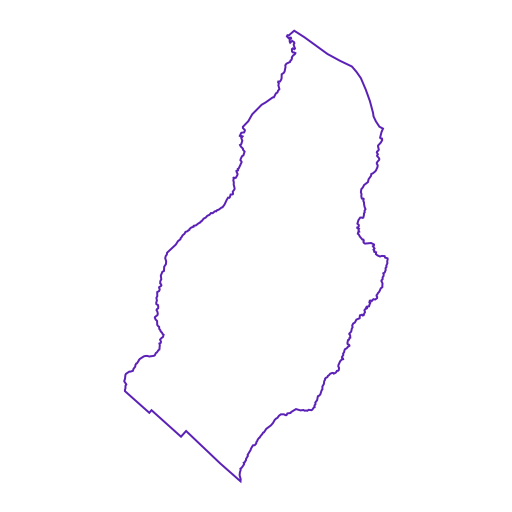 the district of San Nicolás, Buenos Aires, Argentina
{"feature_id": "61730980B99393843695309", "entity_name": "San Nicolás", "entity_type": "district", "adm_level": 2, "iso_a3": "ARG", "parent_name": "Argentina", "parent_adm1": "Buenos Aires", "projection": "orthographic", "projection_center": [-60.265, -33.471], "detail": "fine", "context": "isolated", "style": "outline", "palette": "violet", "viewbox_px": 512, "rotation_deg": 0, "n_neighbors": 0, "source": "geoboundaries", "source_scale": "gbopen_adm2", "svg_char_len": 6070}
<svg xmlns="http://www.w3.org/2000/svg" viewBox="0 0 512 512"><path d="M251.0,448.6L252.9,445.4L254.7,445.2L256.2,443.5L256.4,442.0L257.3,440.9L257.7,439.6L259.1,437.8L259.7,437.6L260.3,436.4L262.4,433.9L263.0,432.7L264.0,432.3L266.3,428.8L270.8,425.5L273.0,423.0L274.7,419.9L276.1,418.6L277.5,417.8L278.9,415.8L280.9,414.3L283.9,414.3L285.6,415.2L286.5,415.1L287.4,413.4L290.5,413.0L291.2,412.0L296.0,409.1L300.6,410.4L303.5,410.0L304.5,410.7L306.3,410.5L307.2,410.8L308.7,409.8L311.3,410.2L312.3,409.7L313.8,407.5L314.6,407.2L314.5,405.4L315.5,404.1L315.3,402.5L317.1,400.2L317.9,396.2L319.1,395.7L320.3,394.4L321.7,390.1L322.4,389.4L322.4,386.5L323.9,383.9L324.2,381.2L325.1,379.6L325.1,378.6L326.1,377.7L327.3,377.2L328.0,375.8L329.0,375.2L330.2,373.7L332.3,372.9L333.2,373.0L333.7,373.6L334.6,373.3L336.0,372.4L336.9,370.9L338.2,370.7L338.7,370.2L339.1,368.1L338.3,366.3L338.4,365.2L340.1,361.3L341.7,359.5L343.1,359.2L342.9,358.4L342.1,357.8L341.9,357.1L343.3,355.0L343.1,353.6L344.1,352.2L344.4,350.5L345.0,349.2L346.7,348.3L347.8,346.9L349.4,345.9L349.4,345.3L348.9,344.7L347.7,344.2L347.4,343.1L348.0,340.1L349.1,339.6L349.4,338.1L350.3,337.7L350.1,335.1L349.3,334.2L349.3,333.6L351.2,331.6L351.8,328.7L352.6,327.2L352.2,325.6L353.1,323.6L354.9,322.5L356.4,319.6L359.6,318.3L359.9,315.4L362.0,314.7L362.7,315.5L363.7,315.2L364.0,314.0L365.0,312.1L364.4,310.3L365.2,309.2L367.0,308.3L367.1,307.8L366.3,307.3L366.7,306.7L369.1,306.3L369.6,304.2L370.2,303.2L370.2,302.7L369.4,302.3L369.8,300.7L370.9,300.5L371.7,301.1L373.4,299.2L375.2,299.5L377.0,298.2L377.2,297.0L376.5,295.8L376.7,295.0L377.3,294.4L378.0,293.0L379.2,291.8L380.8,288.3L382.3,287.2L382.5,283.3L381.4,281.0L381.5,280.4L382.6,279.3L382.6,277.3L383.5,276.1L383.7,274.3L383.3,273.3L384.6,272.6L385.7,270.0L385.5,268.2L386.5,266.9L386.3,265.7L387.4,263.2L387.2,261.5L387.7,259.1L387.5,258.3L385.1,257.6L384.6,256.1L381.9,255.9L379.9,256.5L377.3,255.3L375.9,254.1L376.1,252.3L374.3,251.9L374.1,251.3L374.3,250.5L373.5,249.7L374.5,248.4L372.9,246.2L373.9,245.5L374.0,244.5L371.1,243.0L365.0,243.6L363.8,242.8L363.4,241.8L363.8,240.9L363.4,239.6L362.4,239.6L359.8,236.5L358.8,234.5L357.8,233.7L358.2,232.1L359.2,231.7L358.4,229.9L359.0,228.8L357.2,227.9L357.2,227.5L358.3,227.1L358.8,226.2L358.8,225.0L357.4,223.7L358.4,220.2L360.2,217.6L361.2,217.5L362.5,217.9L363.3,217.6L364.0,214.7L363.9,213.5L364.7,212.4L364.5,210.9L365.5,209.1L364.7,207.3L364.1,204.5L364.0,202.4L363.3,200.9L363.7,199.0L363.3,198.6L362.1,198.7L361.7,198.2L361.3,196.1L361.5,194.1L360.9,192.2L361.3,189.2L362.8,187.5L364.1,185.0L367.9,182.1L368.6,179.2L371.0,175.9L371.3,174.0L372.9,173.3L375.1,171.5L376.0,170.4L377.5,167.0L377.7,165.2L376.8,163.7L376.8,162.9L377.4,161.8L379.1,159.9L379.3,159.0L378.9,158.0L377.1,156.0L377.1,155.4L377.9,154.3L376.8,152.4L377.1,151.5L378.2,150.7L378.8,149.7L378.0,146.3L378.1,145.5L380.8,142.6L382.2,140.1L382.0,138.6L380.5,138.3L380.1,137.7L381.5,132.1L383.0,128.6L379.4,126.7L375.9,121.4L373.5,116.3L373.1,113.1L369.9,101.1L365.8,89.7L360.9,78.2L356.5,71.9L351.9,66.5L340.0,60.8L327.5,54.0L304.5,37.3L294.2,30.7L288.9,35.3L287.5,35.2L286.9,36.4L288.7,38.2L290.0,37.6L290.9,37.7L291.1,38.6L289.7,38.9L289.7,41.7L290.2,42.7L292.1,40.9L294.0,42.1L294.4,43.2L293.7,44.3L293.9,45.6L295.0,48.5L294.3,49.2L292.7,48.4L291.9,49.1L292.0,51.5L292.9,52.4L294.0,52.4L295.4,53.1L295.0,54.0L292.9,55.7L291.8,57.4L292.0,58.4L291.3,60.0L290.5,60.5L290.1,61.9L286.4,63.7L285.3,65.3L285.5,67.1L284.6,71.4L283.9,72.7L281.7,74.3L281.6,78.2L281.2,79.6L280.0,81.5L278.3,81.5L278.1,82.3L278.8,83.5L278.4,85.4L279.4,89.1L278.0,90.8L277.4,92.5L275.9,93.4L273.9,97.3L272.7,97.4L265.7,102.4L261.7,104.7L252.2,114.3L248.3,121.2L242.9,126.8L242.9,128.0L244.8,130.0L244.9,130.6L244.1,132.4L241.3,132.8L239.8,135.9L240.7,136.5L241.5,136.0L242.6,136.4L241.3,138.1L242.3,140.7L241.5,143.4L241.1,144.4L240.0,145.0L240.8,146.5L242.9,148.6L243.0,149.7L244.6,151.6L243.4,155.4L242.0,156.2L240.8,158.7L240.4,160.2L241.5,161.5L241.6,162.2L238.7,168.5L237.8,168.9L238.0,170.4L236.5,170.8L236.5,171.7L237.6,174.0L237.3,175.2L235.8,177.8L234.9,178.0L233.9,177.6L233.5,177.9L233.8,178.4L233.3,180.3L233.8,182.2L233.7,184.6L234.6,188.2L234.5,189.3L232.8,191.6L233.0,194.0L232.6,194.4L230.6,194.5L229.8,197.3L229.3,197.8L228.1,197.6L226.7,199.9L224.5,204.6L222.5,207.3L221.6,207.5L218.7,209.7L217.2,210.1L216.2,211.3L215.5,211.1L214.7,211.4L212.6,213.2L211.0,213.0L209.5,214.8L207.3,215.8L205.7,217.6L203.7,218.6L201.6,221.2L200.6,221.6L200.4,222.4L198.4,223.4L195.9,225.4L193.7,225.8L193.6,226.7L191.3,227.5L189.6,228.9L189.4,229.8L188.0,230.6L187.6,231.2L185.5,231.9L184.4,233.9L182.6,235.3L181.5,237.3L180.7,238.0L180.4,239.3L178.0,241.1L175.8,244.6L167.1,252.7L166.8,254.6L165.7,256.1L165.2,258.2L166.2,261.4L165.9,264.2L164.2,266.7L164.0,270.9L162.4,271.8L160.8,275.6L161.3,279.2L160.3,281.2L160.2,282.7L160.2,283.4L160.6,283.6L161.4,285.2L161.1,285.9L159.1,287.2L159.1,287.9L159.7,289.1L159.5,290.1L159.1,291.0L157.2,292.1L157.3,296.1L156.4,297.9L156.9,300.4L156.2,302.9L156.3,303.8L156.4,304.2L158.0,305.1L158.3,307.0L158.1,308.4L157.0,309.1L156.5,310.1L157.4,311.7L157.8,313.8L157.4,315.2L155.1,316.9L154.8,317.7L155.6,319.5L157.1,321.0L157.2,324.8L158.1,326.1L159.1,326.8L159.3,329.0L160.4,330.3L160.7,331.5L162.0,332.6L162.6,334.0L163.6,334.7L163.0,336.9L161.1,338.4L160.1,339.6L161.0,341.8L160.6,343.0L159.4,343.5L159.8,345.1L159.4,349.5L158.4,350.2L156.8,352.5L155.8,353.1L154.8,355.3L153.9,355.8L149.3,356.5L147.2,355.9L145.2,356.0L143.8,356.4L139.9,358.9L138.9,360.0L138.8,360.5L137.0,363.3L136.2,363.6L135.4,365.1L135.2,366.7L133.6,368.7L132.9,370.8L130.6,371.6L129.3,371.6L125.9,373.9L125.4,375.0L125.0,378.8L124.3,380.8L124.3,381.4L126.3,384.4L125.5,385.7L125.4,388.5L124.9,390.0L125.0,391.2L149.3,412.8L151.5,410.2L181.0,436.7L186.1,431.0L220.4,463.6L240.5,481.3L240.7,479.2L239.6,475.3L239.9,472.3L240.7,469.8L240.4,468.7L241.8,467.6L244.0,464.4L244.2,463.8L243.7,462.8L245.0,461.9L245.2,461.2L245.9,460.5L246.1,458.8L247.9,455.9L247.6,454.9L250.6,450.0L251.0,448.6Z" fill="none" stroke="#5b21b6" stroke-width="2"/></svg>